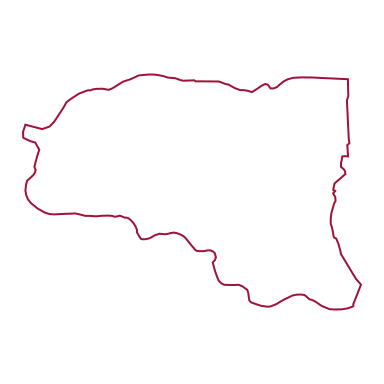 the district of Al-Qardaha, Lattakia, Syria
{"feature_id": "27442178B45607569668873", "entity_name": "Al-Qardaha", "entity_type": "district", "adm_level": 2, "iso_a3": "SYR", "parent_name": "Syria", "parent_adm1": "Lattakia", "projection": "equal_earth", "projection_center": [36.094, 35.442], "detail": "fine", "context": "isolated", "style": "outline", "palette": "rose", "viewbox_px": 384, "rotation_deg": 0, "n_neighbors": 0, "source": "geoboundaries", "source_scale": "gbopen_adm2", "svg_char_len": 3021}
<svg xmlns="http://www.w3.org/2000/svg" viewBox="0 0 384 384"><path d="M347.9,79.2L324.1,78.1L312.6,77.5L301.6,77.4L293.3,77.8L287.7,79.3L284.0,81.2L282.3,82.5L280.3,84.1L277.0,87.0L273.7,88.4L270.5,88.4L268.0,84.8L265.3,84.0L261.8,85.6L257.5,88.6L252.0,92.1L247.0,90.6L243.3,90.1L240.1,90.1L234.6,88.0L228.6,84.6L225.4,84.0L220.4,82.0L218.6,81.5L208.0,81.4L195.5,81.3L194.2,80.3L189.7,80.5L183.1,80.7L180.8,80.2L178.0,79.2L175.3,78.2L167.9,77.6L163.4,76.1L158.3,75.1L153.2,74.5L148.6,74.5L144.5,74.9L138.9,75.4L130.6,79.2L123.2,81.6L118.5,84.5L112.5,88.3L108.7,89.8L102.3,88.7L96.1,88.9L92.9,89.4L90.5,90.3L87.8,90.3L79.0,93.6L70.1,99.4L66.4,102.3L64.0,106.7L61.2,111.1L56.4,118.4L54.1,121.8L49.6,126.5L42.2,129.1L25.4,124.7L23.0,132.0L23.3,137.8L29.9,141.0L35.2,142.5L39.3,149.7L37.6,154.9L37.1,156.6L36.8,157.7L35.8,161.3L34.4,166.8L35.6,169.8L35.1,172.2L33.5,174.9L30.2,178.0L27.1,180.7L26.1,184.4L25.4,190.8L26.4,195.6L27.8,199.1L31.0,203.2L31.4,203.5L37.7,208.6L45.0,212.7L49.7,214.1L54.2,214.4L58.1,214.2L59.3,214.1L59.9,214.1L60.3,214.1L61.2,214.0L72.0,213.6L74.8,213.4L77.3,213.9L82.1,215.0L85.3,215.9L90.1,215.9L94.4,216.2L97.1,216.3L101.4,215.8L108.2,215.6L112.3,215.9L114.5,216.7L115.8,216.7L119.8,215.7L122.1,216.5L124.6,217.6L126.1,217.6L127.8,217.9L130.1,219.5L133.0,222.5L135.5,226.3L137.0,230.0L136.9,232.2L137.6,233.5L139.7,237.1L141.2,239.0L143.0,239.3L146.0,239.1L149.5,238.3L154.6,235.4L159.2,233.8L161.4,233.9L164.0,234.2L166.0,234.2L167.7,233.9L170.5,233.1L173.8,232.6L177.1,233.2L181.3,234.9L184.3,236.8L186.5,239.2L191.7,245.7L195.4,250.0L196.7,250.8L198.7,251.1L202.0,251.1L204.2,251.1L207.5,250.4L210.5,250.4L213.0,251.5L214.8,253.2L215.9,257.4L214.9,260.1L212.7,262.6L215.2,271.6L217.3,277.4L218.7,280.7L220.4,282.4L221.7,283.5L222.4,283.9L223.2,284.3L224.2,284.8L227.5,284.9L233.5,285.0L238.8,284.8L240.8,285.6L242.5,286.4L247.3,289.9L248.2,292.6L248.7,296.4L248.9,297.8L249.4,300.7L251.4,302.5L254.2,303.5L257.1,304.5L261.6,305.9L267.4,306.7L270.2,306.5L273.2,305.4L276.8,303.9L280.1,301.8L284.4,299.4L292.5,295.5L296.3,294.7L300.6,294.5L304.4,295.0L304.7,295.3L305.9,296.1L308.4,298.3L309.6,299.4L310.7,299.6L311.9,299.9L314.9,301.3L317.3,302.9L321.6,305.9L329.6,309.2L335.1,309.5L341.9,309.3L348.0,308.3L352.8,306.5L353.4,305.9L353.3,304.1L356.5,296.1L361.0,284.6L356.0,278.9L354.5,276.5L354.5,276.4L353.2,274.4L350.9,270.5L348.4,266.4L345.7,261.9L340.8,253.8L340.7,252.7L340.5,251.5L340.3,250.4L339.9,249.2L339.6,248.0L339.0,245.9L338.4,243.9L338.2,243.3L336.2,238.5L334.3,237.7L333.5,235.9L333.1,232.9L332.9,232.0L332.6,230.6L332.0,227.7L330.7,223.5L330.8,217.9L331.5,212.6L334.2,203.3L335.5,201.1L335.3,197.1L334.2,195.2L333.2,193.3L335.2,191.0L333.2,189.8L334.6,183.4L345.2,174.2L345.3,174.2L345.1,171.3L343.5,168.9L341.0,167.0L341.0,162.8L341.6,160.6L342.4,156.3L344.0,156.3L345.6,156.2L348.1,156.4L347.7,151.5L347.6,149.3L347.3,145.1L349.4,143.2L348.7,138.2L348.5,133.7L348.0,123.3L347.3,108.4L346.9,100.3L348.3,96.2L347.9,79.2Z" fill="none" stroke="#9f1239" stroke-width="2"/></svg>